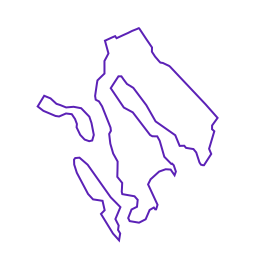 the district of Newport, Rhode Island, United States of America, rotated 322°
{"feature_id": "52423323B54307219453205", "entity_name": "Newport", "entity_type": "district", "adm_level": 2, "iso_a3": "USA", "parent_name": "United States of America", "parent_adm1": "Rhode Island", "projection": "mercator", "projection_center": [-71.264, 41.562], "detail": "fine", "context": "isolated", "style": "outline", "palette": "violet", "viewbox_px": 256, "rotation_deg": 322, "n_neighbors": 0, "source": "geoboundaries", "source_scale": "gbopen_adm2", "svg_char_len": 1919}
<svg xmlns="http://www.w3.org/2000/svg" viewBox="0 0 256 256"><g transform="rotate(322 128 128)"><path d="M163.6,45.0L158.5,57.2L154.8,58.9L150.7,60.7L143.0,70.6L136.5,71.3L133.2,71.7L130.8,73.9L121.8,82.5L120.0,85.8L120.5,87.0L121.5,89.1L120.9,95.0L114.5,116.9L112.8,119.7L112.7,119.7L109.5,121.1L105.6,127.5L104.4,129.5L100.6,139.0L99.2,148.0L95.1,153.1L89.5,159.9L89.6,167.7L86.2,171.7L83.8,174.4L82.8,176.6L91.1,185.8L91.4,190.6L86.6,195.6L80.6,194.4L72.7,199.1L72.0,202.4L78.4,209.4L85.7,210.8L94.6,205.9L99.4,206.6L99.4,208.9L100.1,209.4L104.0,206.7L109.1,184.8L114.3,182.3L114.8,182.3L125.7,181.5L132.3,183.7L136.0,187.0L135.6,193.9L138.9,191.8L141.1,185.5L140.8,183.2L140.0,183.0L138.9,173.0L142.9,163.1L145.1,157.6L145.9,152.6L142.1,149.5L141.1,147.1L141.4,118.6L137.3,109.3L137.7,103.4L138.9,86.0L145.8,83.6L152.3,81.4L154.6,83.2L154.5,85.5L154.4,86.7L154.3,92.7L156.9,99.6L156.5,121.3L153.8,139.8L160.8,162.8L157.7,173.9L161.4,176.6L161.5,179.4L166.6,184.9L166.7,189.3L163.1,199.2L162.9,201.8L164.0,203.3L165.0,204.1L177.6,199.7L179.1,194.3L194.0,183.7L193.5,180.7L195.8,177.8L204.8,175.2L203.7,157.1L198.9,105.7L198.7,104.6L195.5,98.2L193.8,96.4L193.6,94.7L193.3,88.3L193.8,82.6L196.5,79.3L196.5,79.2L197.0,71.6L197.1,69.9L198.1,57.0L198.0,56.0L197.0,55.7L196.7,55.7L190.9,54.0L186.4,53.1L182.0,52.0L174.3,50.2L174.3,49.9L174.4,47.7L171.5,46.9L166.0,45.6L164.3,45.2L163.6,45.0ZM51.2,201.9L51.8,211.0L56.9,206.3L57.4,202.2L60.6,199.1L62.0,192.0L73.3,185.7L71.7,171.9L73.6,132.1L71.5,121.5L67.9,119.2L66.0,119.7L63.1,123.7L60.1,131.8L55.9,155.4L56.5,162.7L63.1,169.7L59.0,178.4L53.8,179.1L51.2,201.9ZM70.1,55.4L71.9,62.4L78.3,73.9L80.8,76.5L88.1,78.4L92.2,82.5L91.8,88.3L90.2,93.4L87.9,95.8L86.1,104.0L86.7,110.4L89.3,114.5L92.1,115.8L96.8,112.4L102.3,101.6L104.5,95.3L103.3,83.6L98.2,77.8L91.9,73.7L88.6,68.0L86.5,64.9L85.2,57.0L81.8,51.0L70.1,55.4Z" fill="none" stroke="#5b21b6" stroke-width="2"/></g></svg>